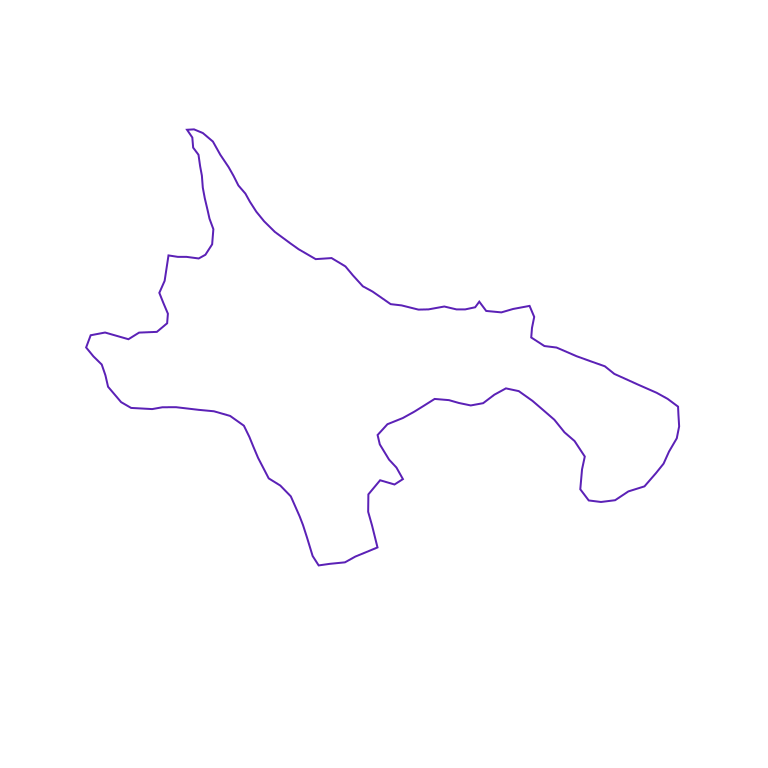 the district of Limnia, Cyprus, rotated 286°
{"feature_id": "46923920B85062050143920", "entity_name": "Limnia", "entity_type": "district", "adm_level": 2, "iso_a3": "CYP", "parent_name": "Cyprus", "parent_adm1": "", "projection": "orthographic", "projection_center": [33.856, 35.188], "detail": "fine", "context": "isolated", "style": "outline", "palette": "violet", "viewbox_px": 768, "rotation_deg": 286, "n_neighbors": 0, "source": "geoboundaries", "source_scale": "gbopen_adm2", "svg_char_len": 1903}
<svg xmlns="http://www.w3.org/2000/svg" viewBox="0 0 768 768"><g transform="rotate(286 384 384)"><path d="M448.2,141.4L422.7,144.7L409.7,142.9L401.3,149.4L392.0,156.9L382.6,158.8L371.5,151.3L365.9,134.4L356.6,126.0L356.6,115.7L356.6,101.7L350.0,88.6L337.0,87.6L330.5,97.0L324.9,107.3L315.6,113.8L305.3,119.5L294.1,136.3L291.3,147.5L296.0,168.1L300.6,177.5L304.4,190.6L308.1,213.1L310.9,228.0L310.9,244.9L305.3,260.8L296.0,269.2L287.6,275.8L278.3,283.3L261.5,299.2L257.8,312.3L250.3,325.4L233.5,339.4L226.1,345.0L214.9,352.5L199.0,362.8L191.6,371.2L196.2,381.5L201.8,395.6L210.2,404.0L225.1,422.8L244.7,411.5L256.8,404.0L273.6,399.4L290.4,406.8L290.3,421.8L297.8,428.4L307.1,419.0L312.7,409.7L324.8,396.6L333.2,391.9L346.3,398.4L356.5,411.5L365.9,420.9L374.2,428.4L383.6,436.8L386.4,450.9L386.4,461.2L387.3,473.3L392.9,484.6L404.1,493.0L413.4,502.4L414.3,515.5L408.7,531.4L403.1,543.6L396.6,557.6L387.3,570.8L381.7,582.9L369.6,597.0L356.5,597.9L336.9,601.7L328.5,612.9L330.4,625.1L336.0,638.2L348.1,648.5L357.4,662.6L373.3,670.0L384.5,674.7L397.6,676.6L412.5,680.4L424.6,679.4L435.9,675.4L443.3,672.9L447.9,660.7L450.7,648.5L453.5,627.9L457.2,602.6L461.9,591.4L462.8,576.4L463.8,561.4L466.6,539.8L464.7,527.7L469.3,512.7L478.7,510.8L489.9,509.9L499.2,502.4L491.7,487.4L485.2,477.1L482.4,462.1L489.4,452.9L482.9,450.5L478.1,441.5L475.7,433.2L475.1,420.6L468.0,406.2L465.0,396.6L464.4,379.2L462.6,368.4L469.7,347.5L472.1,336.7L479.9,324.1L486.4,314.5L490.6,298.9L485.2,283.9L490.0,264.8L493.6,254.6L500.1,237.2L507.3,224.0L514.4,213.8L522.2,204.9L528.8,198.3L534.7,189.3L542.5,182.1L549.6,174.9L559.2,163.5L569.9,152.7L575.3,140.7L576.4,131.2L574.1,124.6L568.1,131.8L558.6,135.4L553.2,142.5L542.5,147.3L534.1,151.5L522.8,155.7L513.2,160.5L502.5,166.5L494.8,170.7L485.8,177.3L470.9,180.3L459.0,176.7L453.6,171.3L451.8,159.3L449.4,150.9L448.2,141.4Z" fill="none" stroke="#5b21b6" stroke-width="2"/></g></svg>